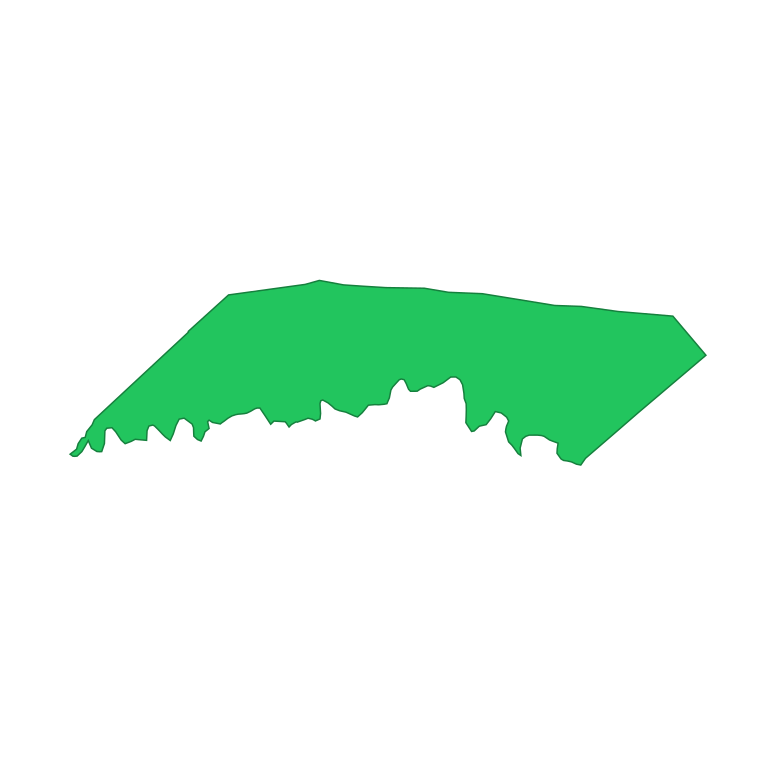 outline of Boghe, Brakna, Mauritania, rotated 349°
{"feature_id": "47542326B52802302132146", "entity_name": "Boghe", "entity_type": "district", "adm_level": 2, "iso_a3": "MRT", "parent_name": "Mauritania", "parent_adm1": "Brakna", "projection": "natural_earth1", "projection_center": [-14.531, 16.65], "detail": "fine", "context": "isolated", "style": "filled", "palette": "green", "viewbox_px": 768, "rotation_deg": 349, "n_neighbors": 0, "source": "geoboundaries", "source_scale": "gbopen_adm2", "svg_char_len": 2419}
<svg xmlns="http://www.w3.org/2000/svg" viewBox="0 0 768 768"><g transform="rotate(349 384 384)"><path d="M248.4,266.9L201.9,295.0L201.9,295.8L92.9,363.7L89.7,368.4L83.1,374.0L80.5,379.4L77.0,379.5L72.4,384.2L69.8,389.3L62.5,393.0L64.8,395.5L66.7,396.0L69.0,396.2L74.5,392.7L78.4,388.4L80.6,385.8L82.9,383.1L84.6,391.2L89.3,395.5L91.9,396.2L94.0,396.5L98.2,389.1L101.1,376.7L103.4,374.5L108.6,375.0L111.5,379.7L115.3,388.9L118.5,393.2L124.8,392.1L129.2,390.8L135.0,392.5L140.2,394.0L142.5,384.6L145.2,380.4L149.2,380.2L150.7,381.3L152.6,384.1L154.6,387.1L157.0,391.0L159.3,394.3L163.4,398.7L167.6,392.8L171.8,385.1L176.2,379.4L181.3,379.4L188.0,386.7L188.7,390.5L187.8,396.0L187.4,399.0L190.3,402.9L193.6,405.1L196.8,400.9L199.1,396.8L203.8,394.3L203.7,387.3L205.4,386.1L208.3,389.0L215.7,392.0L217.1,391.2L219.9,390.0L224.3,387.8L228.6,386.3L232.6,385.8L235.4,385.8L237.7,386.1L241.1,386.4L243.8,386.4L247.9,385.3L252.4,383.7L254.7,383.4L257.6,383.9L261.3,392.6L265.1,401.9L268.9,399.4L279.8,402.2L280.7,403.8L282.6,408.1L285.4,406.1L290.4,404.4L291.6,404.9L299.8,403.7L302.9,403.1L306.9,404.9L308.7,406.3L309.6,407.2L314.5,406.1L316.1,400.9L317.4,391.1L318.7,388.4L320.8,388.0L325.4,391.8L328.8,395.9L331.1,399.1L335.2,401.7L341.3,404.4L349.0,409.8L351.8,411.3L357.2,408.0L360.6,405.2L364.6,401.8L367.5,402.1L371.2,402.5L375.0,403.4L380.2,403.9L383.1,403.9L384.2,402.2L386.6,398.7L389.6,391.3L391.9,388.6L399.8,382.7L401.9,382.4L404.6,383.6L405.9,387.9L407.1,393.8L408.6,396.2L415.2,397.4L418.7,395.9L426.7,394.0L429.3,394.9L432.3,396.8L442.4,394.0L450.8,389.9L455.9,390.8L459.4,394.3L461.0,399.7L460.7,408.3L460.0,413.5L460.9,419.0L459.9,424.9L458.5,431.3L457.0,437.6L460.9,447.3L463.6,447.3L469.5,443.6L472.6,443.5L476.5,443.4L482.0,438.6L488.0,432.3L493.6,434.8L495.7,437.2L498.1,440.0L499.3,444.1L497.7,446.6L496.2,448.8L495.1,451.3L494.1,454.2L495.3,464.6L497.9,468.5L499.8,472.4L502.3,477.9L504.7,480.3L505.4,472.9L509.4,464.3L513.2,462.4L516.7,461.9L524.7,463.4L528.7,464.6L531.2,465.9L535.8,470.5L538.5,472.2L543.6,475.3L541.7,480.6L540.6,485.0L543.5,491.4L545.7,493.3L549.2,494.5L553.1,496.2L557.6,499.4L561.7,501.1L567.6,495.4L604.1,474.5L627.7,460.9L688.6,426.7L705.5,417.2L680.5,372.5L627.6,357.5L592.5,345.5L566.6,339.5L520.0,322.3L497.7,314.1L464.8,306.3L441.9,297.7L404.4,289.8L382.4,284.1L363.2,279.0L340.3,270.0L325.6,271.2L248.4,266.9Z" fill="#22c55e" stroke="#15803d" stroke-width="1.5"/></g></svg>